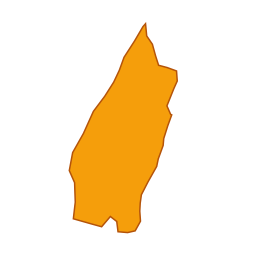 outline of Trelleborg, Skåne, Sweden, rotated 110°
{"feature_id": "70781695B21975001691252", "entity_name": "Trelleborg", "entity_type": "district", "adm_level": 2, "iso_a3": "SWE", "parent_name": "Sweden", "parent_adm1": "Skåne", "projection": "equal_earth", "projection_center": [13.27, 55.427], "detail": "fine", "context": "isolated", "style": "filled", "palette": "amber", "viewbox_px": 256, "rotation_deg": 110, "n_neighbors": 0, "source": "geoboundaries", "source_scale": "gbopen_adm2", "svg_char_len": 665}
<svg xmlns="http://www.w3.org/2000/svg" viewBox="0 0 256 256"><g transform="rotate(110 128 128)"><path d="M24.0,147.2L27.6,148.6L44.0,151.6L62.9,155.9L76.7,155.9L89.7,157.1L106.1,160.7L124.2,166.2L148.4,168.0L170.0,171.6L188.1,168.6L197.6,159.5L215.7,152.2L232.0,148.3L230.6,129.0L229.8,119.0L217.2,114.3L219.7,106.6L228.9,101.9L226.4,92.6L222.2,86.1L213.4,84.7L211.3,84.4L202.1,88.5L194.5,90.8L186.1,92.6L171.9,90.8L154.3,87.9L146.7,89.0L132.4,89.0L125.7,90.8L112.3,91.4L100.7,91.4L100.6,92.6L93.9,99.0L75.4,98.4L67.0,97.8L57.8,101.9L57.8,111.9L58.6,120.7L51.0,126.6L41.0,133.7L35.1,141.9L24.0,147.2Z" fill="#f59e0b" stroke="#b45309" stroke-width="1.5"/></g></svg>